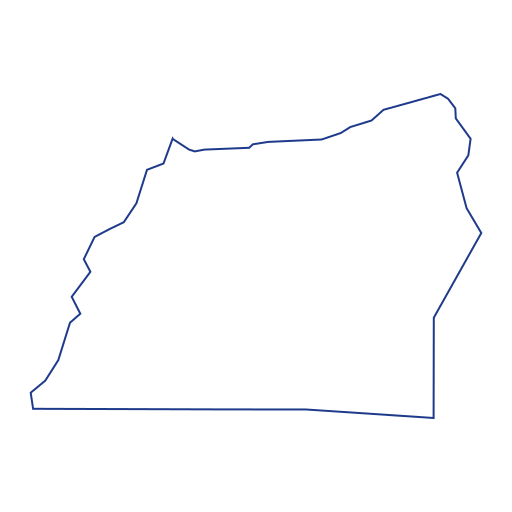 the district of Washington, North Carolina, United States of America
{"feature_id": "52423323B84884093129235", "entity_name": "Washington", "entity_type": "district", "adm_level": 2, "iso_a3": "USA", "parent_name": "United States of America", "parent_adm1": "North Carolina", "projection": "natural_earth1", "projection_center": [-76.611, 35.841], "detail": "fine", "context": "isolated", "style": "outline", "palette": "blue", "viewbox_px": 512, "rotation_deg": 0, "n_neighbors": 0, "source": "geoboundaries", "source_scale": "gbopen_adm2", "svg_char_len": 642}
<svg xmlns="http://www.w3.org/2000/svg" viewBox="0 0 512 512"><path d="M30.7,392.7L33.1,408.8L221.7,409.4L222.2,409.4L223.2,409.4L306.1,409.5L433.6,418.0L433.8,317.7L481.3,233.0L466.6,208.2L457.1,172.7L468.3,155.4L470.6,138.8L455.8,118.4L455.3,108.3L448.1,98.8L440.4,94.0L383.5,109.8L371.5,120.5L350.4,127.0L340.8,133.0L321.6,139.5L268.3,141.9L252.9,144.3L249.1,147.8L204.4,149.6L194.8,151.4L189.1,149.6L172.7,138.9L172.6,138.7L163.5,163.5L147.0,169.8L136.4,203.3L123.8,222.2L109.9,228.9L94.6,236.9L83.8,259.2L90.4,271.8L71.7,296.8L80.3,313.7L70.0,322.7L58.3,360.1L45.3,380.6L30.7,392.7Z" fill="none" stroke="#1e3a8a" stroke-width="2"/></svg>